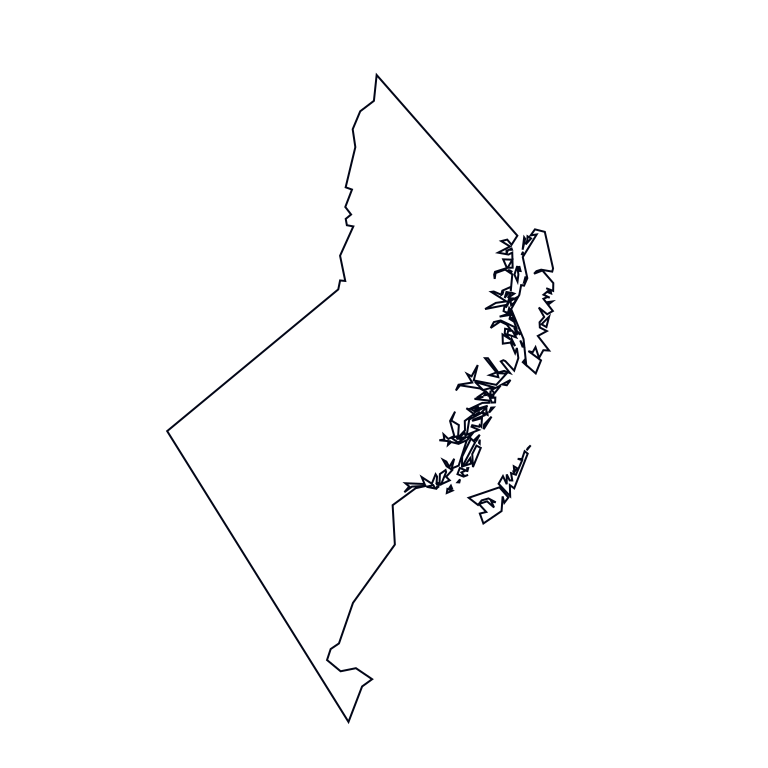 the Province of British Columbia, rotated 236°
{"feature_id": "CAN-633", "entity_name": "British Columbia", "entity_type": "Province", "adm_level": 1, "iso_a3": "CAN", "parent_name": "Canada", "parent_adm1": "", "projection": "albers", "projection_center": [-126.982, 54.153], "detail": "fine", "context": "isolated", "style": "outline", "palette": "ink", "viewbox_px": 768, "rotation_deg": 236, "n_neighbors": 0, "source": "natural_earth", "source_scale": "10m", "svg_char_len": 6227}
<svg xmlns="http://www.w3.org/2000/svg" viewBox="0 0 768 768"><g transform="rotate(236 384 384)"><path d="M644.3,550.7L432.4,577.5L428.1,567.6L434.8,566.9L436.9,561.1L427.5,565.4L429.1,552.0L421.7,559.6L421.2,563.8L408.5,555.7L411.2,551.5L415.3,559.9L420.7,552.5L411.4,550.8L414.9,538.8L413.1,536.5L409.2,534.5L413.6,538.5L411.1,548.4L403.2,551.7L390.2,541.1L393.6,543.4L395.2,534.3L392.5,531.1L399.3,526.7L400.4,524.4L384.1,531.6L388.7,522.1L389.6,509.7L381.8,528.2L377.6,523.9L372.6,526.6L375.2,517.5L370.5,527.7L367.8,524.5L362.8,526.7L356.5,525.1L371.4,516.3L373.9,509.7L370.8,503.8L370.8,515.4L364.6,519.0L358.0,519.5L362.1,515.3L358.6,512.5L350.3,513.7L358.8,510.0L351.0,505.1L347.5,512.2L336.3,510.0L339.6,514.3L330.4,509.9L322.3,499.4L335.1,497.4L337.0,496.2L337.4,493.5L322.6,494.6L327.7,490.9L329.6,485.2L347.3,484.6L348.9,482.2L330.7,483.7L332.3,476.5L325.7,482.6L329.7,484.0L324.1,491.3L320.5,476.6L336.8,460.4L347.3,472.3L341.4,460.9L345.9,458.5L335.9,457.9L341.7,445.4L338.4,440.0L340.4,446.3L326.6,461.1L320.9,463.9L320.7,453.2L317.8,459.2L321.0,450.7L311.6,461.7L309.5,460.9L313.3,455.1L315.6,440.2L317.8,438.7L308.8,441.8L308.2,430.3L300.4,425.3L298.0,415.2L308.1,423.1L316.0,419.4L321.4,427.5L316.4,418.1L301.6,413.2L302.5,406.6L308.9,405.2L304.3,403.0L306.4,398.4L299.1,407.3L299.8,404.9L297.7,402.9L298.3,407.3L292.7,412.3L291.1,421.2L274.6,400.3L276.1,392.8L282.8,400.4L278.7,391.8L284.8,392.3L288.2,390.5L280.8,389.9L274.5,392.6L272.3,383.6L267.4,384.6L268.9,375.3L276.3,386.3L278.2,386.9L278.1,380.0L270.2,374.2L273.1,372.7L277.6,376.2L280.3,376.3L274.6,367.9L285.8,363.2L278.4,361.7L289.8,346.2L284.9,347.6L282.9,340.4L283.3,349.8L275.9,362.2L279.9,352.0L278.7,323.4L244.8,303.2L219.9,235.9L194.1,201.6L194.1,191.6L187.0,182.4L170.1,187.4L164.1,201.8L145.9,209.1L145.5,196.7L123.7,165.6L466.2,177.9L488.0,399.0L494.4,405.5L491.1,409.5L514.9,419.3L531.8,446.7L536.4,442.0L542.3,444.6L542.9,451.5L552.4,450.9L563.1,466.2L568.5,462.2L596.4,492.7L612.7,500.5L623.4,516.8L624.4,534.0L644.3,550.7ZM427.8,595.6L420.2,602.4L385.3,588.8L383.1,586.3L390.9,578.2L392.3,573.5L391.5,570.1L389.5,578.8L373.0,580.8L366.6,576.3L372.7,572.0L369.6,574.2L368.8,566.2L362.9,569.7L364.7,568.1L365.5,563.8L350.1,564.8L350.6,558.3L360.8,555.1L350.0,554.3L348.2,547.5L343.7,544.8L336.8,548.6L337.8,538.4L319.4,539.6L322.9,535.0L318.9,527.1L329.8,530.2L327.2,525.0L330.5,522.1L315.8,527.4L307.9,515.7L320.1,512.5L343.2,524.8L375.0,531.3L382.2,546.0L389.3,553.0L387.2,555.1L391.6,562.0L411.6,570.0L422.6,594.2L425.2,588.7L427.8,595.6ZM220.4,423.7L218.2,417.3L224.5,419.5L212.9,410.4L212.8,388.4L223.0,391.0L220.7,397.2L231.4,395.6L229.1,403.8L220.1,406.2L226.5,407.3L223.4,410.5L230.7,406.6L232.9,399.9L231.1,394.3L242.3,390.6L233.8,421.9L220.4,423.7ZM249.6,463.0L245.9,464.2L224.7,433.6L229.8,431.8L220.5,425.9L237.2,423.2L241.1,431.1L232.3,429.7L240.4,435.2L233.8,434.3L232.3,436.4L239.1,439.5L235.0,442.6L243.6,456.0L247.2,453.0L244.6,456.5L249.6,463.0ZM300.9,446.1L294.1,440.8L296.4,440.3L295.3,439.1L300.5,434.1L299.6,432.7L292.9,437.0L295.6,424.3L306.9,434.8L305.4,449.4L301.8,449.7L304.4,438.5L304.1,436.5L300.9,446.1ZM271.4,402.1L280.1,408.2L290.1,425.6L284.6,426.8L271.4,402.1ZM281.2,426.2L276.9,428.5L265.4,411.3L276.6,418.0L281.2,426.2ZM323.6,462.8L334.9,460.6L320.1,472.9L323.6,462.8ZM345.4,548.0L347.5,558.5L340.4,550.5L345.4,548.0ZM267.4,398.7L262.6,399.2L261.6,402.9L262.7,398.2L268.2,394.5L272.0,399.9L266.5,403.6L267.4,398.7ZM317.5,479.9L314.5,470.4L319.0,470.0L317.5,479.9ZM294.5,444.4L296.8,454.9L290.8,441.4L294.5,444.4ZM317.6,481.7L316.6,491.1L314.3,485.1L317.6,481.7ZM311.4,446.9L308.0,457.8L309.9,442.9L311.4,446.9ZM293.8,421.3L294.2,412.6L301.4,409.9L300.0,414.6L297.9,414.2L295.4,416.9L293.8,421.3ZM348.8,519.6L356.2,514.0L358.7,516.7L356.3,520.2L348.8,519.6ZM394.3,552.0L401.7,553.3L407.3,560.4L399.7,556.7L394.3,552.0ZM269.3,411.7L271.1,405.5L274.3,413.9L269.3,411.7ZM306.0,449.5L307.3,455.8L303.0,452.8L302.5,453.8L300.4,452.6L306.0,449.5ZM294.0,431.4L291.4,423.2L293.0,423.5L294.0,431.4ZM381.1,531.7L379.2,527.6L385.0,535.8L382.9,538.7L382.9,534.9L381.1,531.7ZM272.6,368.3L268.6,368.1L275.0,361.8L272.6,368.3ZM297.5,415.7L298.5,423.6L294.1,422.1L297.5,415.7ZM381.6,541.8L378.7,538.2L378.3,533.5L382.1,535.4L381.6,541.8ZM258.5,375.1L261.6,377.9L257.4,380.9L258.5,375.1ZM301.5,455.2L304.5,459.6L303.2,461.8L301.5,455.2ZM313.1,464.0L310.5,468.7L306.6,465.8L308.3,463.0L313.1,464.0ZM287.2,428.2L288.4,435.0L285.3,428.9L287.2,428.2ZM426.2,585.6L422.4,587.3L420.5,579.5L423.0,583.2L426.2,585.6ZM238.0,442.5L239.0,442.5L238.6,443.1L243.2,445.6L239.9,447.2L238.0,442.5ZM316.5,465.1L318.5,460.9L320.1,464.5L316.5,465.1ZM360.4,565.4L358.3,569.7L358.1,566.0L360.4,565.4ZM390.0,538.8L387.9,532.2L391.8,537.0L390.0,538.8ZM314.4,469.0L311.6,467.1L314.9,464.7L314.4,469.0ZM249.2,465.2L250.3,467.1L251.1,471.3L249.2,465.2ZM386.1,542.5L386.1,534.8L388.7,540.6L386.1,542.5ZM354.5,522.8L357.7,523.3L348.6,524.6L354.5,522.8ZM312.3,449.9L311.4,443.6L314.7,442.0L312.3,449.9ZM316.4,466.5L318.9,468.7L315.4,466.2L316.4,466.5ZM350.0,515.0L342.2,514.0L348.2,513.2L350.0,515.0ZM374.9,528.0L376.9,530.2L373.4,529.9L374.4,529.0L374.9,528.0ZM392.3,532.5L392.3,532.0L394.1,534.9L392.3,532.5ZM268.4,372.4L268.1,368.9L269.1,370.4L268.4,372.4ZM425.4,582.2L417.8,574.0L427.2,582.2L425.4,582.2ZM307.2,448.0L306.8,443.9L307.6,440.1L307.2,448.0ZM373.3,527.5L371.3,529.8L367.9,529.3L373.3,527.5ZM365.6,573.2L368.3,571.3L368.3,574.3L365.6,573.2ZM337.6,519.7L343.9,521.3L336.6,520.8L337.6,519.7ZM367.4,526.5L367.0,528.9L363.7,527.9L367.4,526.5ZM408.0,551.7L405.1,553.1L409.2,550.2L408.0,551.7ZM425.6,561.6L423.7,558.6L426.0,560.1L425.6,561.6ZM261.4,390.0L262.4,393.7L260.3,391.4L261.4,390.0ZM401.8,559.8L406.2,562.1L401.3,560.4L401.8,559.8ZM321.2,512.1L324.5,511.3L325.2,513.6L321.2,512.1ZM267.2,406.8L264.6,403.8L267.7,405.9L267.2,406.8ZM271.0,371.7L273.0,372.0L270.1,373.0L271.0,371.7ZM282.1,429.8L284.3,432.3L281.1,430.0L282.1,429.8ZM259.4,382.0L261.2,379.9L262.3,382.6L259.4,382.0ZM414.5,570.9L415.9,573.2L413.7,571.3L414.5,570.9ZM352.1,521.2L354.6,521.5L350.1,522.1L352.1,521.2ZM390.5,557.5L394.0,561.5L390.8,559.6L390.5,557.5ZM425.4,562.6L425.0,565.5L423.7,565.2L425.4,562.6Z" fill="none" stroke="#020617" stroke-width="2"/></g></svg>